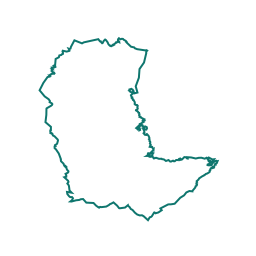 Halden nor, Østfold, Norway, rotated 194°
{"feature_id": "86288312B70342807980905", "entity_name": "Halden nor", "entity_type": "district", "adm_level": 2, "iso_a3": "NOR", "parent_name": "Norway", "parent_adm1": "Østfold", "projection": "equal_earth", "projection_center": [11.486, 59.068], "detail": "fine", "context": "isolated", "style": "outline", "palette": "teal", "viewbox_px": 256, "rotation_deg": 194, "n_neighbors": 0, "source": "geoboundaries", "source_scale": "gbopen_adm2", "svg_char_len": 5841}
<svg xmlns="http://www.w3.org/2000/svg" viewBox="0 0 256 256"><g transform="rotate(194 128 128)"><path d="M166.1,42.8L165.0,43.0L160.9,45.3L157.9,46.4L156.5,47.5L154.4,48.2L150.4,45.5L143.3,46.9L140.1,44.9L137.3,43.8L137.0,44.1L136.5,43.9L135.9,44.7L134.6,44.8L130.1,46.5L127.9,48.6L126.9,50.0L126.0,50.5L124.1,52.3L119.7,50.0L117.3,48.1L116.6,48.1L111.6,50.1L109.4,53.1L109.1,52.5L107.4,51.7L105.7,50.1L103.8,49.6L100.8,47.5L98.2,46.3L95.5,46.0L93.3,46.7L91.5,46.2L86.3,43.4L85.3,46.6L84.0,47.4L83.5,48.2L82.2,52.3L81.8,52.5L80.7,51.9L78.1,53.4L75.4,56.4L77.1,57.8L70.5,63.6L67.7,64.4L64.4,65.8L60.4,73.0L57.3,76.2L55.8,79.6L53.2,81.7L50.2,82.1L50.3,82.5L48.3,86.6L48.4,87.7L47.4,88.9L47.4,90.2L48.2,90.4L48.2,91.8L47.9,92.2L48.5,93.0L47.1,95.1L46.8,96.3L44.1,99.3L42.9,100.2L42.5,101.0L41.9,101.3L41.3,102.3L40.1,103.0L38.2,105.0L38.1,105.5L38.5,106.4L37.4,107.4L38.2,107.2L38.0,108.8L37.7,109.1L37.0,109.1L36.7,109.3L36.9,109.8L36.3,110.1L35.2,110.1L35.0,110.7L35.5,111.0L35.2,111.0L34.6,114.0L34.3,114.0L34.6,114.5L33.4,115.3L33.1,117.5L33.5,117.3L34.6,117.6L36.1,116.3L37.1,115.1L37.4,113.8L37.8,113.8L38.3,112.0L39.8,111.5L40.4,111.6L40.3,112.1L41.1,111.2L41.9,111.3L41.9,111.9L40.6,112.8L40.2,114.4L41.1,115.3L41.8,115.4L42.6,116.6L42.2,116.7L41.2,115.8L40.3,116.0L39.2,115.1L38.4,115.8L37.9,115.9L37.6,116.5L37.8,116.8L37.5,116.9L36.9,118.5L38.5,117.9L42.6,118.9L43.4,118.1L42.7,117.3L42.9,117.2L43.4,117.2L44.6,118.1L46.1,116.8L49.6,116.9L52.1,116.2L54.9,114.8L59.6,114.7L62.9,114.1L62.4,113.7L62.9,113.1L62.8,112.8L63.5,112.8L64.6,113.6L66.3,113.4L67.9,110.7L68.5,110.6L68.5,110.2L70.2,109.4L69.5,110.0L69.8,110.3L69.2,110.7L70.0,110.8L70.2,110.4L70.3,110.8L70.8,110.5L70.7,109.9L70.4,109.8L71.3,109.7L71.7,109.0L73.5,108.6L74.6,107.1L75.4,106.8L76.4,107.2L78.2,105.8L79.1,105.7L80.9,106.7L83.2,105.2L85.6,106.2L87.6,106.0L88.0,106.3L90.4,105.6L93.6,105.9L95.5,104.7L96.0,105.0L96.2,105.6L97.7,106.1L99.7,105.3L100.3,105.5L98.2,106.6L97.7,107.2L97.8,108.1L98.2,108.4L97.5,109.7L98.4,109.8L100.0,108.7L100.6,107.7L100.6,106.1L99.8,105.7L100.4,105.5L100.6,106.0L103.1,105.4L102.3,106.2L102.5,107.7L102.1,109.2L102.0,108.5L100.6,108.5L98.6,111.9L97.8,112.2L98.2,113.1L98.0,113.5L98.1,114.1L98.4,113.8L99.0,114.3L99.9,115.1L100.0,115.5L100.8,115.7L101.0,115.1L102.4,115.0L102.0,117.5L103.0,118.2L102.9,119.6L103.3,120.3L104.0,120.5L104.2,121.7L104.9,122.2L104.6,122.6L104.9,123.7L106.2,125.4L107.4,126.2L108.1,126.1L107.9,126.4L108.2,126.7L108.5,126.5L108.6,125.7L109.9,125.5L110.7,125.9L110.9,126.8L111.5,126.9L111.0,127.9L111.8,129.3L111.8,129.6L112.6,130.2L112.7,130.7L112.3,130.9L112.7,131.0L112.0,131.4L111.5,130.8L110.9,130.6L109.8,130.9L109.5,132.4L110.1,133.4L111.8,133.7L112.4,133.2L112.3,132.7L114.2,132.7L114.7,133.7L114.5,134.1L115.5,134.5L116.4,133.8L117.1,132.0L117.1,130.8L116.2,130.0L115.8,129.0L116.4,128.5L116.6,129.2L117.0,129.5L118.2,128.9L118.4,129.1L118.1,129.8L118.4,130.1L119.2,129.6L120.0,129.9L117.9,133.1L117.5,133.9L117.6,134.7L116.7,135.3L114.7,137.3L115.1,137.3L115.3,137.8L114.7,138.6L115.1,138.8L114.1,139.5L115.1,140.0L114.6,140.5L118.4,141.3L118.5,141.8L119.5,141.6L119.5,142.3L120.2,142.9L120.1,143.6L120.4,143.7L120.4,144.4L120.9,145.4L121.7,145.4L122.3,146.3L124.5,147.0L124.5,147.5L123.8,147.9L123.2,149.1L123.9,150.2L123.8,150.8L124.2,151.5L124.0,151.9L124.7,152.5L126.4,152.3L127.3,152.9L127.2,153.1L127.7,154.7L129.1,156.2L130.0,156.4L130.6,157.3L130.8,157.3L130.6,157.4L131.1,157.7L130.9,157.8L131.2,158.8L132.0,159.0L133.1,160.5L132.0,162.2L132.1,162.9L132.8,163.4L134.8,163.8L135.4,164.2L135.5,164.7L135.1,164.8L135.7,164.8L135.5,165.1L135.9,165.3L136.0,165.7L134.2,166.8L133.6,166.4L133.0,166.5L131.9,165.6L132.0,165.2L131.5,164.9L131.3,164.2L130.3,163.8L130.6,163.5L130.3,163.1L127.4,164.7L130.6,170.3L129.6,179.4L131.1,188.0L128.3,195.4L128.4,205.1L128.7,205.9L128.6,206.9L128.1,207.7L128.8,208.0L130.0,207.5L138.2,206.7L140.6,207.0L141.5,207.7L144.7,207.6L149.8,210.5L149.9,211.0L150.8,211.2L150.8,211.7L151.2,212.0L153.5,212.6L154.4,213.2L155.5,213.1L156.9,212.2L158.5,212.9L159.1,211.7L159.0,210.6L157.4,209.6L157.2,209.1L158.1,209.3L159.4,208.8L159.7,208.1L160.4,208.1L160.5,207.5L161.8,206.0L161.5,205.5L162.3,204.8L162.8,204.9L162.9,204.3L163.4,204.2L163.7,203.6L164.4,203.7L164.5,203.3L165.4,203.4L167.2,204.5L168.5,206.2L170.7,208.0L171.6,208.3L172.6,206.7L173.2,204.3L173.6,204.0L174.9,204.8L175.4,205.5L176.2,205.3L178.3,207.0L191.6,200.4L193.1,199.0L201.2,200.1L203.0,192.9L203.0,191.2L203.8,190.5L204.8,190.6L203.5,189.1L203.5,188.7L206.0,187.3L210.0,187.2L210.1,186.5L209.2,185.1L209.1,184.1L210.0,183.6L210.3,182.8L212.2,181.8L212.2,179.9L214.9,177.5L214.0,171.7L215.0,170.6L213.5,170.3L213.2,169.7L214.9,168.4L215.5,168.6L216.6,168.2L216.2,167.6L216.3,167.1L215.6,166.7L216.0,166.6L215.5,166.3L215.9,166.1L216.0,164.9L215.1,164.6L214.9,164.2L213.2,163.9L213.0,163.7L213.4,163.6L213.0,162.7L215.0,162.2L215.9,161.4L216.5,160.7L216.1,160.1L217.0,159.9L216.2,159.3L216.3,159.0L218.4,158.0L221.0,151.4L222.9,143.2L216.5,138.5L211.9,136.7L210.3,135.3L210.3,134.1L207.9,133.5L207.2,132.9L207.3,132.0L208.0,131.0L211.7,127.4L211.8,127.0L210.4,120.9L209.5,113.7L203.1,110.5L202.3,107.3L202.8,107.0L202.7,106.1L202.4,105.8L202.1,104.4L201.0,104.6L200.8,104.0L199.9,104.0L199.1,102.6L197.3,102.2L193.4,99.8L192.9,98.9L193.0,95.8L193.3,95.1L194.6,93.8L194.2,93.2L194.6,93.2L194.8,92.4L194.3,90.7L192.8,89.9L189.0,86.5L185.5,81.4L185.6,81.0L184.9,79.5L181.9,77.8L181.3,76.7L180.3,75.9L179.7,76.2L179.3,75.9L179.8,75.4L179.1,75.0L178.3,75.1L178.2,74.4L177.1,72.8L175.4,71.7L175.2,71.1L175.5,70.2L177.5,68.4L176.5,67.3L176.2,66.2L176.5,66.0L176.3,65.7L177.9,64.8L173.4,62.3L172.7,61.3L173.4,59.4L172.2,58.6L171.3,57.5L169.6,53.2L167.0,51.6L171.7,51.2L170.9,49.3L168.6,47.5L167.5,47.0L165.5,47.4L164.4,46.5L165.0,44.2L166.1,42.8Z" fill="none" stroke="#0f766e" stroke-width="2"/></g></svg>